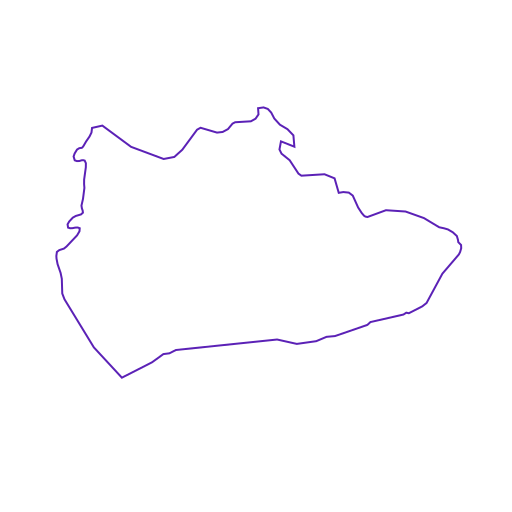 outline of Seine-Maritime, rotated 192°
{"feature_id": "FRA-5343", "entity_name": "Seine-Maritime", "entity_type": "Metropolitan department", "adm_level": 1, "iso_a3": "FRA", "parent_name": "France", "parent_adm1": "", "projection": "mercator", "projection_center": [1.134, 49.661], "detail": "fine", "context": "isolated", "style": "outline", "palette": "violet", "viewbox_px": 512, "rotation_deg": 192, "n_neighbors": 0, "source": "natural_earth", "source_scale": "10m", "svg_char_len": 1672}
<svg xmlns="http://www.w3.org/2000/svg" viewBox="0 0 512 512"><g transform="rotate(192 256 256)"><path d="M155.1,317.3L138.4,327.8L119.0,330.6L99.6,328.0L82.8,322.2L77.9,322.2L73.8,321.9L68.4,320.1L63.7,317.3L61.8,313.8L61.0,311.6L57.7,309.4L56.9,306.3L57.2,302.3L57.9,299.7L70.0,277.5L79.4,245.5L82.9,241.3L94.6,231.8L97.2,231.8L99.6,229.4L130.3,215.2L132.7,211.8L162.1,194.1L170.2,191.6L179.4,185.2L197.8,178.5L218.0,178.7L314.8,147.4L320.5,142.8L326.2,140.8L335.6,130.4L361.9,109.1L395.6,132.9L434.3,173.8L437.7,179.0L441.2,193.3L443.6,198.8L448.4,206.8L450.6,212.0L451.3,214.5L451.6,218.6L449.6,220.9L445.4,223.3L443.3,225.9L435.3,239.0L433.8,243.5L434.2,246.5L436.3,246.8L438.7,246.2L441.2,245.1L443.6,244.5L445.7,244.7L446.9,247.8L445.9,250.9L443.2,255.4L440.6,257.7L435.8,260.3L434.3,262.4L435.0,264.4L436.2,266.4L437.2,269.0L437.1,275.9L438.0,286.9L439.1,290.6L440.0,295.0L440.9,307.4L441.7,311.4L443.4,313.7L444.9,313.8L446.4,313.4L448.5,312.2L450.9,311.6L453.2,311.9L455.1,315.4L454.7,318.6L453.2,322.9L451.3,324.7L449.8,325.3L449.0,325.5L448.4,326.1L447.6,327.8L446.0,332.7L443.7,338.2L442.6,342.5L443.0,347.2L433.4,351.6L400.9,336.8L366.5,331.7L356.5,335.9L350.2,344.6L339.9,367.3L336.9,369.9L319.8,368.6L314.4,370.4L309.8,374.3L306.5,380.6L304.2,382.5L289.0,386.7L285.0,390.2L283.0,395.0L284.7,401.0L279.5,402.9L275.0,402.3L270.9,399.4L266.7,394.3L259.9,389.4L251.6,386.6L244.5,381.8L241.2,370.9L255.4,373.3L255.2,365.1L252.3,361.4L243.0,356.7L231.6,345.4L228.3,344.0L206.0,350.2L195.3,348.3L188.2,335.0L183.9,336.7L178.4,337.3L173.9,335.2L166.2,324.7L161.5,320.0L158.6,317.8L157.2,317.3L155.1,317.3Z" fill="none" stroke="#5b21b6" stroke-width="2"/></g></svg>